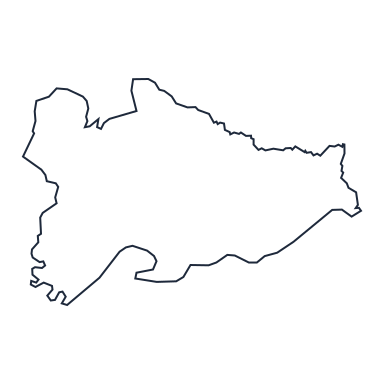 the district of Mueang Ubon Ratchathani, Ubon Ratchathani, Thailand
{"feature_id": "78962969B98641080977503", "entity_name": "Mueang Ubon Ratchathani", "entity_type": "district", "adm_level": 2, "iso_a3": "THA", "parent_name": "Thailand", "parent_adm1": "Ubon Ratchathani", "projection": "albers", "projection_center": [104.866, 15.298], "detail": "medium", "context": "isolated", "style": "outline", "palette": "slate", "viewbox_px": 384, "rotation_deg": 0, "n_neighbors": 0, "source": "geoboundaries", "source_scale": "gbopen_adm2", "svg_char_len": 1859}
<svg xmlns="http://www.w3.org/2000/svg" viewBox="0 0 384 384"><path d="M273.4,148.7L265.4,150.4L261.7,148.3L258.5,149.9L253.6,144.6L253.6,139.2L251.2,138.2L251.0,135.7L246.0,135.9L240.9,132.5L239.0,133.9L234.1,132.5L230.3,134.4L229.7,132.1L224.9,129.9L224.0,123.5L220.1,122.6L217.7,124.1L216.5,121.6L213.9,122.7L209.0,113.9L198.2,110.0L195.5,107.1L187.5,107.4L176.1,103.4L171.7,96.4L164.2,90.9L159.3,89.7L155.0,82.7L148.3,79.0L133.1,79.2L131.4,90.7L136.5,111.0L109.4,118.9L103.9,123.1L101.0,128.9L97.1,127.1L98.4,119.1L89.7,126.3L84.9,127.2L87.4,121.1L86.1,116.8L88.3,108.5L86.7,101.0L82.9,96.6L67.4,89.3L56.6,88.4L48.9,96.7L36.4,100.9L34.7,111.3L35.5,121.0L32.7,131.2L34.1,133.4L23.0,156.6L41.4,169.7L45.4,175.0L46.8,181.2L55.8,183.3L58.2,186.9L55.2,197.4L56.6,203.3L42.7,212.9L40.2,217.6L41.0,233.8L37.8,235.9L38.3,242.3L32.0,249.4L31.5,253.7L32.7,257.5L39.6,262.1L43.3,261.4L45.1,265.5L42.0,268.0L35.0,267.2L32.2,268.9L32.5,274.7L38.5,279.6L36.2,282.6L31.2,280.9L30.8,284.5L35.4,287.0L43.7,282.6L52.0,285.9L52.5,289.6L47.3,295.6L50.8,300.5L55.0,299.9L59.2,292.3L62.5,291.6L65.7,296.7L61.8,303.4L67.1,305.0L99.5,277.7L119.6,251.7L125.9,247.4L132.5,245.8L147.1,250.6L154.0,256.0L156.5,261.2L153.0,269.5L136.5,272.7L135.3,278.5L156.7,281.9L176.2,281.3L183.4,277.0L190.5,265.0L208.6,265.3L216.4,262.5L227.3,254.9L234.8,255.5L248.8,262.5L256.9,262.5L264.7,256.1L277.2,252.7L293.5,241.8L332.2,209.9L341.9,209.6L351.6,216.6L361.0,210.8L358.9,207.8L355.7,208.1L357.9,204.9L356.1,192.3L348.5,187.8L346.8,183.3L341.1,177.9L343.2,172.6L341.5,170.9L342.4,165.9L340.8,163.9L344.5,153.5L344.4,144.5L342.9,144.2L342.3,146.8L338.4,144.7L334.7,146.5L329.5,145.9L320.3,155.7L317.1,153.7L313.5,155.4L311.0,152.1L306.6,152.8L305.3,150.8L304.6,152.1L295.3,146.4L292.3,149.7L290.7,148.0L285.6,148.3L283.2,150.3L273.4,148.7Z" fill="none" stroke="#1e293b" stroke-width="2"/></svg>